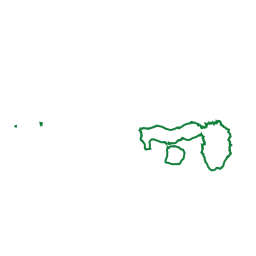 Isabela, Galápagos, Ecuador (Natural Earth projection), rotated 292°
{"feature_id": "8360857B49822942031092", "entity_name": "Isabela", "entity_type": "district", "adm_level": 2, "iso_a3": "ECU", "parent_name": "Ecuador", "parent_adm1": "Galápagos", "projection": "natural_earth1", "projection_center": [-91.231, 0.314], "detail": "fine", "context": "isolated", "style": "outline", "palette": "green", "viewbox_px": 256, "rotation_deg": 292, "n_neighbors": 0, "source": "geoboundaries", "source_scale": "gbopen_adm2", "svg_char_len": 6069}
<svg xmlns="http://www.w3.org/2000/svg" viewBox="0 0 256 256"><g transform="rotate(292 128 128)"><path d="M131.6,139.5L130.8,139.9L130.1,139.6L129.8,140.6L129.2,141.0L129.3,141.2L129.0,141.2L129.0,141.6L128.6,141.7L128.5,142.3L128.2,142.5L127.6,142.4L126.8,143.1L126.8,142.8L126.4,142.9L124.8,143.8L124.0,143.5L123.7,143.9L122.8,143.7L121.6,144.5L121.6,145.2L121.3,145.5L121.6,146.0L121.1,146.4L121.0,147.0L120.4,147.5L120.4,148.0L119.9,148.4L119.5,149.3L117.4,150.6L116.2,150.9L115.8,151.5L115.2,151.5L114.7,152.9L115.7,153.8L116.5,155.7L116.9,156.2L117.0,155.8L117.8,156.0L118.7,155.1L119.9,155.0L122.9,153.2L125.0,153.4L126.4,154.4L126.4,154.9L126.9,155.3L127.3,156.8L127.0,157.3L127.3,159.4L127.2,160.3L127.4,161.1L127.2,162.4L127.3,164.6L128.8,167.3L128.8,168.0L128.1,168.0L128.2,168.9L127.9,169.2L128.1,169.3L128.1,170.0L128.5,170.9L128.4,172.0L128.9,172.6L129.6,172.0L129.5,172.7L129.9,173.1L130.0,174.2L130.5,174.6L130.4,175.2L131.2,176.6L131.7,177.0L131.9,177.6L132.9,178.4L134.4,178.7L134.9,179.3L135.3,179.1L135.6,179.5L135.4,179.7L135.5,179.6L136.2,180.4L136.1,180.8L136.8,181.2L136.8,181.5L137.1,181.4L137.5,181.6L137.5,181.4L138.0,181.9L138.3,181.9L138.3,182.5L139.2,182.2L139.3,182.7L139.1,183.8L139.0,186.9L139.5,188.7L140.9,190.3L142.7,191.5L145.5,194.9L147.4,195.9L147.8,197.2L148.3,196.9L148.7,197.2L148.7,197.7L149.4,197.9L148.8,198.1L148.8,198.5L149.3,199.0L149.3,199.3L149.0,199.4L148.2,200.3L148.3,201.0L147.9,201.2L148.0,201.3L148.0,201.5L147.2,201.2L147.1,200.9L146.4,201.1L146.4,201.6L145.9,202.2L144.7,202.3L144.5,202.8L144.8,203.2L144.1,204.0L143.6,204.0L143.6,204.3L143.6,204.1L143.2,204.1L142.9,204.9L142.4,204.7L141.9,205.1L141.6,204.2L141.0,204.0L140.7,204.2L140.5,203.6L140.4,203.9L140.0,203.8L140.2,203.4L139.7,203.2L139.2,203.7L138.9,203.5L137.9,203.8L137.6,204.2L137.6,204.9L137.2,205.1L136.6,204.8L136.3,205.0L136.3,205.3L135.0,205.1L134.2,205.4L132.9,205.1L132.3,205.9L132.5,206.7L132.2,207.1L131.9,206.8L131.4,207.4L131.5,207.7L131.1,207.6L130.4,208.7L129.8,209.0L129.6,209.9L129.1,210.0L128.7,210.6L127.4,210.9L127.0,211.2L127.0,211.7L126.5,212.1L125.4,212.5L125.4,213.1L124.0,215.0L121.8,217.1L120.4,219.7L120.2,221.6L120.8,223.0L121.9,224.2L123.0,224.8L124.0,225.0L124.5,225.5L124.7,226.9L124.4,227.5L124.6,228.3L125.0,228.5L124.9,228.8L126.1,229.3L126.3,229.8L127.1,229.7L127.5,230.2L129.0,230.6L131.0,230.0L131.7,230.2L133.1,230.0L136.3,230.8L136.6,230.6L137.2,231.0L137.6,230.9L137.9,231.1L138.1,230.9L138.5,231.4L139.0,231.1L139.4,231.3L139.3,231.5L139.9,232.3L140.9,232.2L141.1,232.4L142.0,232.2L142.8,233.0L143.5,232.5L143.5,231.9L143.2,231.6L143.7,231.8L143.9,231.5L144.9,231.3L145.1,231.0L144.9,230.8L145.1,230.5L145.6,230.8L146.0,230.2L146.5,230.3L146.8,229.9L147.6,229.9L147.8,229.5L148.0,229.6L149.0,229.2L149.4,229.2L150.1,229.8L150.2,228.9L150.6,228.7L150.9,229.0L150.9,228.7L151.5,228.6L151.5,228.2L152.0,228.0L153.0,228.1L153.3,227.4L153.8,227.2L153.8,226.8L154.3,226.6L154.5,225.7L154.9,225.9L155.1,225.5L156.0,225.5L156.5,225.6L156.7,225.9L157.1,225.9L157.1,226.2L157.1,225.9L157.5,225.7L157.9,226.1L158.5,225.9L158.8,226.1L159.0,225.7L160.5,225.2L160.9,224.1L161.6,223.4L161.6,222.6L161.9,222.3L163.5,222.5L164.2,222.3L164.3,221.9L164.0,219.9L164.5,219.5L164.4,218.6L164.9,218.0L164.8,216.2L165.5,215.7L165.4,214.8L165.7,214.7L165.6,214.4L165.8,214.3L165.6,213.9L165.9,213.3L165.8,212.8L167.5,212.4L167.9,211.6L167.8,211.4L168.0,211.2L168.2,211.4L168.5,211.2L168.5,210.9L168.7,210.3L168.1,209.6L168.4,209.3L168.3,208.9L167.6,209.2L166.5,208.7L167.1,208.3L167.0,208.0L167.2,207.6L166.2,207.9L165.9,207.6L165.5,207.9L165.4,207.2L166.0,206.9L165.5,206.1L165.2,206.3L165.1,205.9L164.4,206.5L164.1,206.1L163.8,206.1L164.8,204.6L164.2,204.6L164.1,204.0L163.5,203.8L163.4,203.3L163.8,202.8L163.3,202.4L163.3,202.2L162.9,202.2L163.1,201.7L162.5,202.0L162.2,201.3L162.1,200.3L161.3,199.9L161.2,198.7L160.5,199.6L160.6,199.1L160.5,198.9L159.9,199.7L160.0,199.7L160.1,199.8L159.7,199.7L159.4,200.2L158.9,199.9L158.5,200.2L158.1,199.7L158.0,199.3L157.5,199.6L157.0,199.1L157.2,198.6L156.8,198.3L157.3,196.6L156.9,196.1L156.0,196.1L155.5,196.5L155.4,196.3L156.1,195.9L156.1,195.4L157.1,195.1L157.3,194.3L157.6,194.1L157.4,193.3L157.6,193.0L157.4,192.9L157.6,192.8L157.6,191.8L157.4,191.9L157.6,191.7L157.3,191.6L157.7,191.3L158.0,190.7L157.7,189.9L158.0,188.5L157.8,187.4L157.1,186.7L157.4,186.1L157.1,185.5L157.6,185.3L157.6,184.6L157.5,184.8L157.3,184.4L157.1,184.5L156.6,185.0L156.1,184.4L156.2,184.1L155.0,183.1L154.9,182.5L154.4,182.1L154.2,181.4L152.9,180.1L151.3,178.5L150.3,178.1L148.7,176.8L146.9,175.6L146.9,175.4L147.7,175.5L147.7,175.3L147.6,174.9L146.8,174.6L146.9,173.8L146.5,173.6L146.5,173.1L144.2,171.3L143.6,170.1L142.5,169.0L141.9,167.5L141.6,164.2L141.3,163.6L141.7,162.6L141.5,162.1L141.8,161.5L141.6,161.2L141.9,159.2L141.0,153.7L140.5,153.3L140.4,153.6L140.0,153.5L139.5,152.1L138.4,151.6L137.8,150.3L137.2,150.1L136.7,149.3L136.0,148.7L135.8,147.9L135.4,147.4L135.0,147.3L135.2,147.0L134.7,146.3L134.7,145.5L134.4,145.4L134.5,144.9L134.0,144.1L134.1,143.2L133.5,141.8L133.0,141.4L132.6,141.5L132.3,140.6L131.8,140.1L132.0,139.7L131.6,139.7L131.4,139.6L131.6,139.5ZM123.8,172.1L121.8,172.4L120.4,173.7L118.8,173.9L117.0,174.8L113.4,175.0L113.1,174.8L110.8,175.3L110.4,175.6L110.2,176.8L110.8,178.2L110.9,181.9L111.2,183.4L112.2,185.0L112.7,186.8L113.6,188.0L113.5,188.3L113.7,189.0L114.3,189.4L117.1,189.7L118.4,190.0L118.8,190.3L119.5,190.4L120.1,190.9L121.3,190.9L121.7,190.6L126.0,189.9L126.6,189.1L127.4,188.6L127.7,187.8L128.0,187.6L128.3,187.0L128.5,187.0L128.3,185.5L128.0,185.3L128.2,184.6L128.6,184.2L128.5,183.6L128.8,182.6L129.2,182.3L128.8,181.2L128.9,178.9L128.4,178.4L128.6,178.2L128.6,177.7L128.0,177.3L128.0,176.7L127.1,175.2L127.2,174.9L127.0,174.3L126.4,174.0L125.5,173.1L125.1,172.9L125.0,173.3L124.8,173.3L124.9,173.0L124.4,172.7L124.7,172.2L124.3,172.4L123.8,172.1ZM99.9,45.0L99.4,45.3L99.7,45.3L99.9,45.7L99.9,46.1L99.5,46.5L100.1,46.4L100.3,46.0L99.9,45.5L99.9,45.0ZM87.7,23.0L87.3,23.0L87.3,23.5L87.9,23.4L87.7,23.0Z" fill="none" stroke="#15803d" stroke-width="2"/></g></svg>